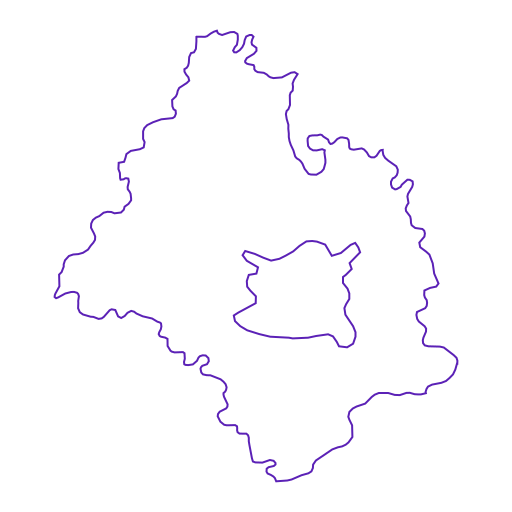 the district of Minsk, Minsk, Belarus
{"feature_id": "67162791B84471344127718", "entity_name": "Minsk", "entity_type": "district", "adm_level": 2, "iso_a3": "BLR", "parent_name": "Belarus", "parent_adm1": "Minsk", "projection": "mercator", "projection_center": [27.512, 53.937], "detail": "fine", "context": "isolated", "style": "outline", "palette": "violet", "viewbox_px": 512, "rotation_deg": 0, "n_neighbors": 0, "source": "geoboundaries", "source_scale": "gbopen_adm2", "svg_char_len": 6011}
<svg xmlns="http://www.w3.org/2000/svg" viewBox="0 0 512 512"><path d="M251.9,458.1L252.9,461.5L255.3,462.4L262.4,462.6L269.9,460.0L273.6,460.8L275.5,463.0L275.5,464.5L273.8,466.0L268.6,467.2L266.7,468.7L266.5,471.6L267.6,473.5L270.8,474.9L273.4,476.5L274.9,478.1L276.2,481.3L287.3,480.5L291.6,479.5L301.6,475.2L308.4,473.3L311.4,471.4L312.9,468.0L313.1,464.6L315.9,460.5L332.3,449.4L337.9,447.3L342.1,446.4L345.7,444.7L348.5,442.4L352.4,437.0L352.1,425.3L349.4,419.8L348.3,416.8L349.4,411.9L352.8,408.5L356.6,406.5L365.2,403.6L371.8,396.9L374.7,394.7L378.8,393.0L388.2,393.0L394.7,394.9L399.8,395.1L406.4,392.9L409.8,392.8L414.6,394.2L418.0,394.4L420.9,394.4L425.9,393.2L425.6,391.9L426.5,389.0L428.0,386.6L432.1,384.6L441.4,382.8L446.0,381.0L449.5,378.0L453.0,374.4L455.3,369.6L457.1,363.2L457.3,363.3L457.4,360.7L456.5,357.8L453.7,355.1L443.8,347.5L439.9,346.6L428.5,346.3L424.8,345.4L423.1,343.2L422.8,340.2L423.4,337.7L426.0,331.6L426.1,328.6L424.6,326.2L418.8,321.5L417.2,318.9L416.4,314.9L417.0,312.0L425.2,308.2L426.7,305.9L427.1,302.8L426.7,300.1L424.9,297.5L424.2,295.1L424.4,290.5L430.1,287.9L436.2,286.6L438.5,283.5L434.2,273.6L432.7,263.3L429.4,254.6L426.2,251.7L420.2,247.2L419.3,242.6L424.4,236.6L424.9,233.4L424.2,230.7L422.4,229.0L415.2,228.0L411.7,225.3L411.0,223.0L410.8,219.3L410.2,216.5L406.0,211.0L405.7,208.4L406.9,205.4L408.5,203.0L407.4,196.5L408.0,193.9L412.2,186.9L412.9,184.3L412.6,181.4L409.8,179.8L407.4,179.7L401.8,184.7L400.6,186.9L396.7,189.1L395.1,189.4L392.1,187.6L391.0,184.4L391.0,181.7L392.7,178.4L394.7,177.5L396.7,175.3L397.6,172.7L397.8,169.7L396.3,166.3L388.2,160.6L385.1,157.9L383.3,154.9L382.6,150.7L382.7,149.9L381.1,150.1L379.8,150.9L376.5,155.8L374.4,157.3L371.2,157.3L369.0,156.1L366.9,152.5L364.1,149.5L361.7,148.4L353.8,149.7L351.3,149.3L349.8,148.6L349.2,147.1L349.1,143.7L348.5,139.9L347.1,138.3L342.3,137.4L340.3,137.5L337.3,139.0L334.3,142.2L332.3,143.6L330.5,144.0L329.0,142.3L328.1,139.6L323.4,136.6L321.8,135.0L320.2,134.6L317.4,135.3L312.4,135.4L309.4,136.0L307.7,138.4L307.6,140.8L308.1,146.0L310.0,148.6L313.0,150.3L316.7,150.4L322.2,149.2L324.8,150.3L324.4,152.5L325.4,159.8L325.4,162.9L324.4,166.7L323.7,169.1L321.4,171.8L316.4,174.7L310.8,174.5L308.6,173.9L304.6,168.8L302.4,163.6L300.9,161.5L299.3,159.9L296.7,158.3L295.2,156.5L293.4,150.4L290.8,144.9L289.5,141.0L288.8,137.1L288.8,133.5L288.3,128.7L288.4,124.8L286.7,119.0L285.9,114.1L286.6,111.0L288.4,109.2L290.0,105.0L289.8,95.2L290.6,92.7L292.7,90.6L293.0,86.7L292.6,83.5L294.0,79.8L297.6,74.1L294.6,72.2L291.0,72.7L281.9,77.4L273.4,78.1L270.4,77.3L268.7,76.3L266.8,74.5L263.8,72.8L257.6,72.1L255.3,70.7L254.3,69.1L254.3,66.7L253.6,65.1L248.7,64.2L247.0,63.7L245.3,62.4L245.1,61.1L246.8,58.1L253.9,53.8L256.5,50.8L256.4,47.8L252.0,44.6L251.5,42.3L252.2,39.5L253.5,36.7L251.7,35.0L249.6,35.0L246.2,36.5L244.7,40.1L244.0,43.8L242.3,47.2L239.7,50.2L236.3,52.4L234.2,52.3L233.1,50.6L234.8,47.2L236.9,44.8L237.8,39.7L237.8,35.8L237.4,33.9L234.1,32.0L230.3,32.2L222.1,35.0L219.0,33.9L217.6,32.7L216.9,30.7L213.9,31.7L210.7,33.5L207.1,36.2L205.1,36.8L196.6,36.7L196.4,36.8L196.4,41.4L195.9,48.9L194.0,52.3L191.0,53.1L189.2,57.0L188.8,62.9L188.1,65.7L186.7,67.8L184.4,69.2L184.5,71.7L186.1,74.5L188.4,77.3L189.2,80.6L186.9,82.9L179.2,87.9L177.7,90.9L177.1,93.8L175.9,96.4L172.1,100.0L172.4,106.4L173.6,109.3L175.6,110.5L175.9,113.7L174.7,116.7L172.7,118.1L161.3,119.3L153.1,122.2L147.2,125.1L144.3,128.1L143.1,131.3L143.1,138.9L144.6,142.1L143.7,147.4L139.9,149.2L130.8,150.9L126.4,154.1L125.5,157.7L124.1,161.8L118.7,162.8L118.4,169.0L119.9,173.0L120.1,178.2L120.6,179.7L123.6,179.3L125.0,178.4L126.1,178.2L128.3,178.6L128.9,181.6L127.6,187.0L127.8,189.3L129.6,191.7L130.6,193.8L131.1,198.3L131.1,200.3L128.5,203.9L124.6,206.7L123.8,209.7L121.0,212.5L114.5,213.3L111.3,212.0L107.5,211.8L103.6,212.7L99.3,216.1L95.9,217.6L92.9,220.0L91.2,223.6L91.0,227.7L94.0,233.5L95.2,236.5L95.0,239.9L93.3,242.7L90.7,245.7L88.0,249.6L83.0,252.8L78.3,254.1L73.2,254.5L68.9,256.0L65.0,260.3L63.7,264.3L63.7,266.7L61.6,272.1L59.1,274.6L59.4,286.3L55.4,293.6L54.8,295.2L54.6,297.0L56.1,298.2L58.0,297.5L65.3,293.5L71.1,292.0L74.0,291.9L77.1,292.8L78.2,294.0L78.9,296.2L78.2,301.0L78.3,303.0L78.1,308.3L79.8,312.2L83.0,314.5L90.6,316.7L93.4,316.9L98.6,318.9L101.7,318.4L103.8,316.9L109.7,310.2L111.6,309.3L115.3,310.0L118.1,316.4L121.2,318.0L124.7,316.0L127.5,312.8L131.2,310.9L134.1,311.7L136.4,313.5L142.7,316.3L152.1,318.5L157.4,321.7L159.9,322.5L161.0,323.4L161.4,326.5L160.8,329.3L159.2,332.3L158.7,334.1L159.7,336.0L161.0,336.7L165.2,337.6L167.5,338.9L167.6,346.0L170.5,350.7L171.7,351.6L174.6,352.4L182.9,352.1L184.5,353.2L184.8,358.8L184.0,362.0L184.3,364.3L185.5,364.9L188.3,365.1L192.9,364.4L197.0,360.8L198.5,357.6L199.9,356.2L202.7,355.3L205.7,355.5L208.4,358.1L208.8,361.2L207.0,364.2L202.3,365.8L201.0,367.3L200.5,368.8L201.3,372.5L203.0,374.4L206.8,375.2L210.4,375.3L220.6,379.3L223.5,381.7L225.6,384.2L226.6,387.3L226.1,389.8L225.2,391.6L223.5,393.1L223.5,394.6L224.0,396.7L227.6,404.3L227.4,406.6L226.2,408.4L219.7,411.7L218.0,414.0L217.7,416.3L220.4,421.7L224.2,424.8L226.9,425.3L235.1,425.1L237.0,426.3L237.2,428.1L237.1,430.3L237.6,432.2L239.5,433.6L246.4,433.7L248.1,435.3L248.8,437.8L248.8,441.3L249.4,444.9L251.9,458.1ZM355.2,242.9L358.3,247.4L360.1,252.3L349.6,263.1L351.7,269.0L345.8,274.9L343.0,277.0L343.0,283.0L347.5,288.6L349.3,293.4L349.3,299.0L346.1,304.2L344.4,308.1L345.4,314.7L353.1,326.2L355.5,332.2L355.5,336.7L353.1,343.7L347.1,347.3L339.0,346.3L336.8,341.9L333.0,336.4L328.1,334.3L316.1,336.0L308.1,337.7L292.7,338.4L288.9,337.7L270.2,336.7L259.3,334.1L247.2,330.3L240.3,326.2L235.0,321.1L233.8,315.5L238.3,312.6L255.7,303.2L255.9,296.3L250.4,290.7L247.2,286.7L246.8,281.1L248.8,274.9L256.4,273.6L258.0,267.3L246.8,260.8L242.6,255.2L245.2,251.0L254.8,253.9L263.3,257.7L271.1,260.6L279.4,258.8L285.6,255.7L293.2,251.4L299.5,245.9L306.4,241.4L312.2,241.0L316.9,241.6L325.2,244.6L331.8,255.8L340.9,253.0L350.6,244.9L355.2,242.9Z" fill="none" stroke="#5b21b6" stroke-width="2"/></svg>